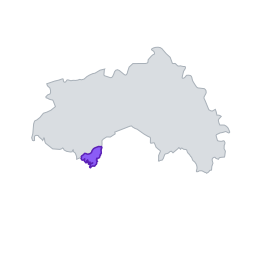 Forécariah highlighted on a map of Guinea, rotated 339°
{"feature_id": "GIN-5637", "entity_name": "Forécariah", "entity_type": "Prefecture", "adm_level": 1, "iso_a3": "GIN", "parent_name": "Guinea", "parent_adm1": "", "projection": "mercator", "projection_center": [-13.121, 9.37], "detail": "fine", "context": "in_parent", "style": "filled", "palette": "violet", "viewbox_px": 256, "rotation_deg": 339, "n_neighbors": 0, "source": "natural_earth", "source_scale": "10m", "svg_char_len": 5293}
<svg xmlns="http://www.w3.org/2000/svg" viewBox="0 0 256 256"><g transform="rotate(339 128 128)"><path d="M155.5,165.9L153.6,165.6L152.7,166.0L150.1,169.0L148.5,170.2L146.1,169.8L145.3,170.1L144.6,169.7L145.5,168.0L146.7,164.7L149.9,161.4L150.0,160.7L148.7,158.7L147.3,156.0L147.3,153.2L147.1,151.1L144.2,150.5L143.7,150.2L143.7,149.5L145.2,145.9L145.4,145.2L145.2,144.5L143.4,142.7L140.7,139.3L136.1,132.4L134.4,130.9L132.7,128.8L132.1,127.4L130.4,127.0L114.2,127.1L113.9,128.9L108.3,130.1L104.8,128.7L101.0,129.5L99.2,130.4L97.7,134.5L96.9,135.4L96.1,137.2L95.3,138.2L94.5,140.2L92.7,143.0L90.8,144.9L87.5,145.9L86.5,148.9L85.8,150.0L84.5,150.8L83.2,151.4L80.5,150.8L79.1,151.4L78.8,150.6L79.6,148.2L79.0,147.0L76.4,144.5L76.2,143.4L75.4,141.8L72.1,138.6L68.9,138.8L69.8,136.2L69.8,132.6L68.7,130.7L69.0,128.7L68.4,128.9L67.3,130.2L65.7,129.8L62.2,127.7L60.5,125.6L60.3,123.9L59.9,123.2L58.9,123.6L56.8,123.6L50.2,120.5L45.6,112.7L45.5,110.9L46.2,107.9L46.0,107.1L43.9,109.1L43.5,107.7L41.8,104.6L41.4,102.8L39.8,102.0L38.6,101.9L37.6,102.5L36.3,106.1L35.4,106.1L34.4,105.3L34.6,102.6L37.1,99.2L41.3,90.5L42.8,88.6L43.7,87.9L45.7,87.8L49.6,86.6L54.3,83.9L58.0,84.1L62.3,83.8L67.9,82.0L67.9,76.1L67.7,74.9L65.8,73.7L64.6,72.7L63.6,71.4L62.4,70.5L62.4,69.5L64.9,68.3L67.2,68.3L67.9,67.8L68.5,67.0L69.2,64.9L69.4,62.7L67.9,59.7L68.0,57.6L76.2,57.9L80.7,58.5L84.4,58.6L85.0,59.1L84.5,61.2L84.9,62.4L86.2,62.7L88.3,61.3L89.3,61.6L91.6,63.4L93.8,63.8L96.1,64.8L98.3,65.3L100.3,65.3L101.8,66.3L104.5,66.6L108.0,65.3L110.8,64.8L114.7,64.6L116.8,65.0L122.7,64.0L127.4,64.6L126.7,65.3L124.5,69.9L124.8,70.8L129.6,74.7L130.7,75.0L132.0,74.5L134.0,72.6L135.6,70.7L137.2,69.7L139.0,69.8L140.5,71.2L143.8,77.0L144.7,77.7L145.5,77.7L147.0,76.6L147.7,75.4L150.9,71.5L155.7,69.6L167.3,74.0L169.0,74.3L170.0,74.0L171.4,71.4L175.7,69.2L177.8,68.5L179.0,68.5L179.5,67.8L179.7,66.7L179.5,65.6L178.1,63.6L178.1,63.0L178.8,62.6L180.5,62.4L182.6,62.6L185.1,63.4L187.0,64.6L188.1,66.1L190.3,72.3L192.7,77.1L192.6,83.6L193.7,84.2L194.9,84.5L195.4,85.0L196.6,87.7L197.7,88.5L199.1,88.7L201.6,90.4L203.2,91.0L203.4,91.5L203.3,92.2L202.7,93.1L200.3,94.9L199.1,96.5L196.7,100.1L196.6,100.8L197.1,101.3L198.1,101.4L199.2,101.1L201.5,99.8L203.2,100.3L205.0,101.3L205.6,102.3L205.7,103.7L205.4,105.5L205.3,107.5L205.9,110.9L206.7,114.3L207.6,115.6L213.3,118.6L213.9,119.7L214.2,120.9L213.8,122.7L213.2,123.6L210.1,126.3L209.6,127.6L209.8,129.9L210.0,139.9L211.3,141.5L212.7,142.4L216.2,141.9L216.1,144.7L215.6,147.8L217.6,148.7L218.6,149.7L219.2,150.6L216.0,152.2L215.1,153.2L214.7,155.7L214.8,158.1L219.0,159.8L220.6,161.8L221.4,163.9L221.6,167.8L221.2,168.7L220.2,168.7L218.0,166.3L214.7,166.1L212.3,165.6L208.2,165.9L207.5,166.6L207.0,171.8L208.0,172.7L209.9,173.7L211.2,174.1L212.3,174.0L213.1,174.6L213.3,176.3L212.7,177.6L211.6,178.7L210.3,181.7L210.6,184.5L208.3,188.8L207.6,189.7L204.6,188.8L202.6,188.5L201.2,189.6L199.2,187.9L198.8,186.6L198.1,186.3L196.8,186.3L195.5,187.1L195.0,188.4L194.7,191.3L192.5,193.9L190.9,197.2L189.1,196.9L188.7,197.3L186.8,198.2L185.1,198.4L184.7,197.5L183.7,196.8L182.6,195.4L181.4,194.3L179.1,193.5L178.2,193.8L177.1,193.7L176.3,193.3L176.4,192.6L177.7,190.9L178.4,189.3L178.7,187.6L178.7,185.9L178.1,183.6L177.0,181.7L176.8,180.7L176.9,179.1L176.7,177.7L176.3,177.0L175.8,174.3L175.2,173.8L174.8,171.6L174.9,169.4L174.0,168.6L172.6,168.0L171.8,167.1L171.3,166.2L170.7,165.9L170.3,165.9L169.9,166.5L169.4,166.7L168.6,164.6L168.2,164.5L167.7,165.0L161.1,167.3L160.2,165.3L159.0,165.0L156.8,165.8L155.5,165.9Z" fill="#d9dde1" stroke="#a8b0b8" stroke-width="1"/><path d="M96.6,135.9L96.6,136.9L96.5,137.2L96.3,137.2L96.0,137.2L95.8,137.2L95.7,137.5L95.5,138.3L95.4,138.4L95.3,138.5L95.2,138.5L94.9,138.7L94.9,138.8L94.9,139.0L94.1,141.8L94.0,142.0L93.8,142.1L93.7,142.2L93.6,142.4L93.5,142.5L93.4,142.5L93.3,142.4L93.2,142.4L92.7,142.7L92.6,142.8L92.4,143.1L92.4,143.3L92.5,143.5L92.1,143.8L91.7,144.0L91.1,145.0L90.7,145.4L90.1,145.5L89.6,145.4L89.1,145.5L88.6,145.8L88.1,145.2L87.6,145.6L87.2,146.4L87.0,147.2L87.2,147.4L87.5,147.8L87.5,148.1L87.4,148.1L87.0,148.1L86.9,148.2L86.6,148.6L86.4,148.9L86.1,149.7L85.8,150.2L85.3,150.5L84.3,150.9L83.5,151.5L83.2,151.6L82.6,151.4L81.6,150.8L81.2,150.7L80.6,150.8L79.4,151.1L78.8,151.6L78.6,151.4L78.3,151.2L78.2,150.9L78.3,150.5L78.8,150.5L78.8,150.4L78.8,150.2L79.5,149.4L80.0,148.6L80.3,148.3L80.8,148.0L81.2,148.0L82.0,148.2L82.5,148.0L82.5,147.9L80.9,147.9L80.2,147.8L79.9,147.6L80.2,147.3L80.2,147.1L80.2,146.8L80.4,146.3L80.6,145.8L80.0,146.3L79.8,147.0L79.6,147.6L79.4,148.4L78.7,148.1L78.5,147.9L78.3,147.7L78.5,147.5L78.6,147.3L78.5,146.6L78.6,146.3L78.7,146.2L78.4,146.0L78.3,145.9L78.2,145.4L78.2,144.6L78.4,144.2L78.8,144.5L78.8,143.9L78.8,143.7L78.8,143.4L78.7,143.4L78.5,143.6L78.3,143.7L78.0,143.8L77.7,143.8L77.4,144.2L77.1,145.4L77.0,145.6L76.4,145.3L76.1,145.2L76.2,144.7L75.7,144.1L75.5,143.6L75.5,143.1L75.7,142.6L76.2,141.9L76.4,141.3L76.2,141.3L75.6,141.8L74.7,141.9L73.8,141.6L73.4,141.1L73.3,140.3L73.3,139.9L73.5,139.5L73.8,139.2L74.0,138.9L74.1,138.5L74.1,138.0L74.9,137.4L75.7,137.3L77.1,136.8L78.4,136.2L79.5,136.7L80.5,137.7L81.2,138.1L83.1,138.3L84.2,138.1L85.3,137.6L85.9,136.7L86.9,135.9L88.4,135.0L89.9,134.7L93.8,134.7L95.3,135.4L96.6,135.9Z" fill="#8b5cf6" stroke="#5b21b6" stroke-width="1.5"/></g></svg>